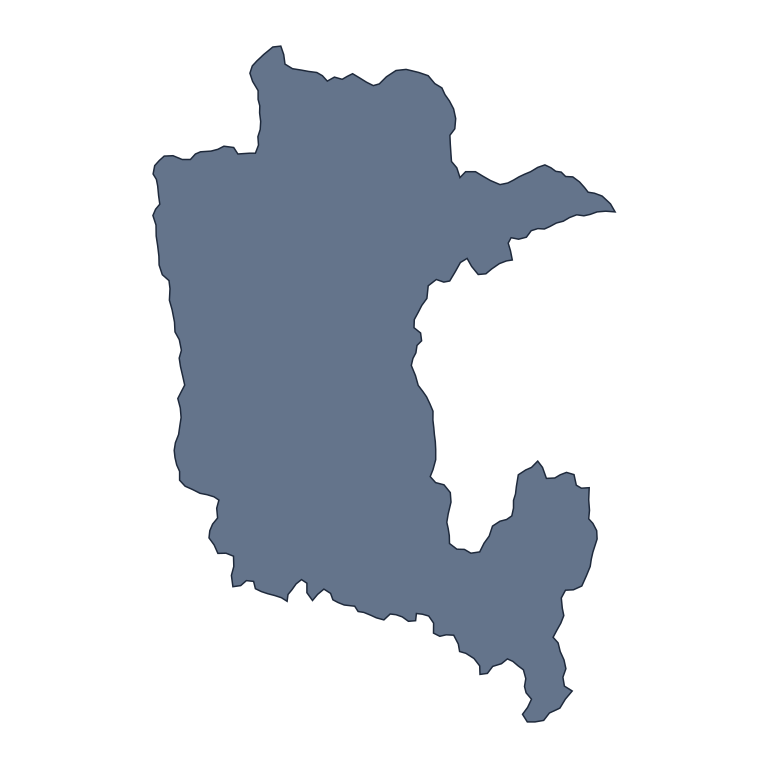 the district of Virginópolis, Minas Gerais, Brazil
{"feature_id": "56859067B47884480134437", "entity_name": "Virginópolis", "entity_type": "district", "adm_level": 2, "iso_a3": "BRA", "parent_name": "Brazil", "parent_adm1": "Minas Gerais", "projection": "natural_earth1", "projection_center": [-42.648, -18.801], "detail": "fine", "context": "isolated", "style": "filled", "palette": "slate", "viewbox_px": 768, "rotation_deg": 0, "n_neighbors": 0, "source": "geoboundaries", "source_scale": "gbopen_adm2", "svg_char_len": 4070}
<svg xmlns="http://www.w3.org/2000/svg" viewBox="0 0 768 768"><path d="M615.1,211.9L610.5,203.9L602.2,196.1L594.4,193.2L588.1,192.2L584.5,187.5L579.5,181.9L572.8,176.9L565.6,176.5L561.2,172.1L555.7,171.3L551.0,167.8L544.9,164.9L537.7,167.4L530.6,171.7L524.6,174.2L518.9,176.9L513.5,180.1L507.8,183.0L500.0,184.6L490.4,180.5L482.4,175.9L475.5,171.7L465.6,171.7L460.0,177.6L456.8,167.8L451.5,161.5L450.9,153.2L450.3,144.1L449.9,135.3L454.8,128.8L455.7,118.6L453.6,108.9L449.4,100.9L444.9,94.5L441.9,87.9L434.8,83.6L428.2,75.7L418.9,72.5L412.0,70.8L406.1,69.4L396.0,70.5L386.4,76.8L379.3,83.9L373.3,85.6L366.5,82.2L359.6,77.9L352.6,73.7L347.2,76.4L342.2,79.3L334.4,77.1L327.3,81.1L322.4,75.7L316.8,72.5L308.4,71.4L301.4,70.1L292.5,68.7L285.0,64.1L283.7,54.5L280.8,46.1L272.8,47.0L263.7,54.5L256.8,61.0L252.3,65.9L249.9,73.2L252.6,81.4L258.1,90.6L258.1,99.4L259.8,105.9L259.6,112.9L260.7,121.5L260.2,129.5L257.9,136.7L258.5,145.1L255.4,153.2L249.7,153.2L243.4,153.6L237.9,154.0L233.7,147.5L223.9,146.2L217.9,149.3L211.0,151.1L200.5,151.8L195.4,154.0L190.4,159.5L182.2,159.5L173.0,155.7L164.2,156.1L159.4,160.4L154.7,165.6L153.1,174.0L156.4,179.4L157.7,186.1L158.6,195.7L159.8,204.2L155.6,209.2L152.9,215.5L156.0,225.0L156.2,236.1L157.7,246.0L158.9,256.2L159.1,265.0L162.3,274.7L169.0,280.6L170.0,288.7L169.4,300.2L172.1,309.7L174.5,322.1L175.0,331.9L179.3,339.7L181.4,350.3L179.2,358.1L180.5,366.6L182.6,375.7L184.7,385.1L180.7,392.8L177.8,398.5L180.3,408.0L181.1,417.6L179.9,425.4L178.6,434.5L175.4,442.7L174.2,450.4L175.0,457.6L176.7,464.9L179.6,471.4L179.6,480.2L185.1,486.2L192.5,489.5L200.0,493.3L207.1,494.7L214.0,496.8L218.9,500.1L216.7,508.2L217.6,518.0L212.6,524.1L209.8,530.7L209.0,537.9L214.1,544.9L217.9,553.4L226.0,553.2L233.5,556.2L233.8,566.5L231.4,575.4L232.9,586.7L240.7,585.6L246.4,580.6L253.6,581.4L255.4,588.7L261.4,591.6L267.7,593.7L274.6,595.5L281.4,597.7L287.1,601.3L288.0,594.5L291.9,589.8L296.1,583.9L301.5,579.6L306.9,583.2L306.9,592.7L312.5,600.5L317.6,594.4L323.9,589.1L330.6,593.4L332.9,599.8L338.0,602.5L344.2,605.0L354.7,606.2L358.1,611.5L363.8,612.4L370.9,615.3L376.3,617.8L383.9,619.9L390.2,614.0L396.0,614.7L402.3,616.9L408.4,621.3L415.6,620.7L416.4,613.5L422.4,614.2L428.7,616.0L433.6,623.1L433.5,633.1L439.8,636.3L446.2,634.8L453.7,635.2L458.3,644.0L459.6,651.5L465.8,653.3L474.0,658.5L479.7,665.9L480.0,674.4L487.4,673.4L492.7,666.4L501.5,663.7L507.4,658.9L512.9,661.4L517.9,665.7L523.4,669.8L525.8,678.6L524.5,686.5L526.1,692.8L531.5,699.2L527.6,707.4L522.5,714.3L527.3,721.9L535.1,721.9L543.7,720.4L549.4,713.0L559.9,708.1L565.3,699.2L572.2,691.0L564.4,686.1L562.9,677.2L565.9,668.7L564.0,659.9L560.2,651.5L558.1,642.9L553.1,637.3L556.7,630.5L560.8,623.2L563.8,615.6L562.3,608.2L561.3,598.0L565.5,590.2L573.4,589.8L581.8,586.0L586.3,576.0L590.2,566.5L591.3,559.1L592.9,552.1L595.0,545.6L597.1,539.0L596.7,530.7L592.9,523.4L588.7,518.8L589.5,510.3L588.7,499.9L589.2,487.7L581.4,488.2L576.3,485.2L574.0,474.6L566.5,472.4L560.2,474.8L554.8,478.0L546.4,478.4L542.5,467.4L537.7,461.1L531.5,467.4L525.8,469.9L518.3,474.8L516.4,486.3L515.5,494.0L513.5,500.4L513.5,508.1L511.8,515.9L506.6,519.5L500.0,521.2L492.5,526.1L489.2,536.1L484.1,543.1L479.7,551.9L470.9,553.2L464.4,549.4L456.9,549.2L449.5,543.5L449.3,535.6L448.2,528.6L446.8,522.3L448.2,513.9L451.0,502.1L450.3,492.6L444.0,484.8L435.6,482.6L430.2,476.6L433.0,469.6L435.7,459.7L435.7,449.3L435.3,441.6L434.4,434.6L433.8,427.8L432.9,420.0L433.0,411.2L430.0,404.1L426.6,396.9L423.0,391.7L418.2,385.4L415.5,375.7L411.3,365.5L412.9,358.5L415.9,352.8L417.0,345.4L421.6,340.8L420.6,333.0L414.0,327.7L414.3,319.6L418.3,312.2L421.8,305.4L426.9,298.4L428.2,285.8L436.3,279.5L443.8,282.1L449.7,281.0L455.1,272.0L460.4,262.5L467.1,258.4L471.6,266.4L478.2,274.5L485.9,273.8L491.6,269.0L499.4,263.6L506.5,260.9L512.3,260.0L510.5,250.9L508.2,243.1L511.1,237.7L518.6,239.2L526.4,237.2L531.2,230.7L537.8,228.6L544.4,229.0L550.1,226.4L556.4,223.0L563.3,221.2L569.4,217.6L576.7,214.8L583.9,215.8L590.2,214.4L597.1,211.9L605.7,211.2L615.1,211.9Z" fill="#64748b" stroke="#1e293b" stroke-width="1.5"/></svg>